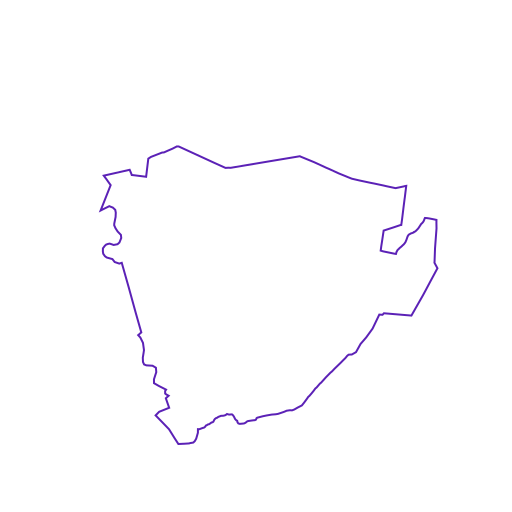 the district of Frumuseni, Arad, Romania, rotated 237°
{"feature_id": "2599482B78271003832809", "entity_name": "Frumuseni", "entity_type": "district", "adm_level": 2, "iso_a3": "ROU", "parent_name": "Romania", "parent_adm1": "Arad", "projection": "mercator", "projection_center": [21.441, 46.085], "detail": "fine", "context": "isolated", "style": "outline", "palette": "violet", "viewbox_px": 512, "rotation_deg": 237, "n_neighbors": 0, "source": "geoboundaries", "source_scale": "gbopen_adm2", "svg_char_len": 3721}
<svg xmlns="http://www.w3.org/2000/svg" viewBox="0 0 512 512"><g transform="rotate(237 256 256)"><path d="M315.1,347.5L315.8,347.1L317.4,343.4L323.2,330.1L328.0,319.1L343.7,282.9L345.2,280.7L346.5,278.4L357.1,271.6L390.0,250.8L391.0,249.3L391.5,244.4L392.4,239.1L393.0,235.2L393.9,233.6L396.3,221.9L396.3,218.7L382.3,207.0L390.4,197.4L391.6,195.9L393.2,196.3L397.1,197.0L406.3,172.1L404.6,172.2L401.7,172.4L398.7,172.5L394.6,172.7L388.2,163.7L378.8,150.5L377.7,160.1L376.1,161.2L374.6,162.3L371.4,163.1L368.7,162.0L365.2,159.5L360.4,154.8L359.0,153.8L355.8,153.3L351.9,153.3L347.3,154.2L344.5,152.8L341.7,148.8L341.3,146.3L342.8,142.6L344.4,141.4L346.1,140.0L346.7,138.5L347.2,136.6L346.9,134.8L345.8,131.8L343.3,130.1L341.1,129.1L338.1,129.2L336.0,130.0L331.6,133.9L327.9,134.2L324.1,137.2L323.4,139.7L299.1,132.2L273.9,124.2L254.4,118.2L253.8,114.1L250.6,114.6L244.7,113.9L238.1,110.8L235.6,108.6L232.4,105.7L228.7,103.5L226.0,103.1L224.0,104.5L220.3,109.5L216.8,111.2L212.9,109.1L208.2,103.3L204.9,101.2L200.0,103.7L192.9,107.8L192.3,106.3L190.1,104.9L188.9,105.3L186.4,106.6L185.8,102.9L176.0,100.5L178.1,89.9L177.0,85.0L166.4,87.1L158.1,88.7L147.4,88.5L140.6,88.5L137.5,93.8L135.2,97.9L135.0,98.8L134.2,100.6L133.7,101.8L134.1,103.9L135.4,106.4L139.4,111.0L142.4,113.0L141.6,114.1L140.8,117.7L140.4,118.8L140.5,120.4L141.1,121.6L140.9,122.6L140.9,124.0L140.5,124.9L140.5,126.2L140.6,128.0L140.2,129.1L140.3,130.1L141.2,131.5L141.7,132.7L141.8,134.3L141.5,135.4L141.6,136.7L141.2,138.6L141.0,139.7L140.5,140.4L140.2,141.0L139.7,141.9L139.2,143.6L139.2,144.8L139.3,145.6L138.1,146.6L137.3,147.6L136.8,148.7L136.2,149.6L134.8,150.0L133.2,150.0L130.6,149.7L128.9,150.0L128.1,150.5L126.5,149.9L125.2,150.0L124.1,150.9L123.4,152.2L122.1,154.7L121.9,156.0L121.9,156.9L122.1,158.1L122.0,159.1L121.6,160.1L120.6,162.3L119.7,164.2L118.9,165.7L118.8,166.9L119.7,168.2L119.7,169.0L117.9,174.4L116.5,178.0L114.5,182.7L112.5,186.4L111.6,188.5L110.1,194.3L109.7,196.4L109.6,197.3L108.2,200.4L106.9,202.2L106.4,204.5L106.2,208.3L105.7,213.1L106.8,216.4L108.6,221.2L109.4,223.1L109.6,224.6L110.5,227.7L111.5,230.8L112.6,233.7L112.7,235.1L114.2,240.2L114.3,241.6L116.2,248.6L117.6,254.9L117.8,256.8L118.7,260.5L120.4,269.2L121.1,272.3L121.7,275.3L122.6,278.1L122.8,279.9L122.1,281.2L121.2,282.7L120.9,287.5L125.3,295.8L127.7,304.1L131.6,314.2L139.7,327.5L137.8,330.1L138.3,332.1L121.4,353.9L132.1,374.6L134.4,378.8L139.5,388.0L146.9,401.5L153.2,402.0L153.5,402.3L164.9,410.3L180.8,422.4L185.6,425.4L187.7,426.8L188.0,427.0L189.9,425.1L192.9,422.0L194.7,420.0L195.9,418.4L195.5,417.7L195.2,417.4L194.8,416.9L194.4,416.2L194.0,415.7L193.7,415.1L193.5,414.6L193.1,413.3L193.0,412.6L192.9,412.1L192.7,411.4L192.3,410.7L191.8,409.5L191.3,408.4L190.8,407.2L190.5,406.1L190.1,404.3L189.9,403.3L189.9,402.5L190.1,401.5L189.9,401.3L189.9,400.9L190.0,400.5L190.1,400.0L190.2,399.5L190.3,399.1L190.5,398.4L190.6,397.9L190.6,396.9L190.7,396.3L190.6,395.5L190.4,394.9L190.1,394.4L190.0,394.0L189.3,393.1L188.2,391.7L187.5,390.8L187.2,390.3L186.7,389.6L186.4,389.2L186.0,388.3L185.6,387.3L185.2,385.9L185.1,384.8L184.9,384.1L184.6,382.1L184.5,380.8L184.2,379.8L184.1,379.0L183.8,377.7L183.4,377.1L183.1,376.4L182.9,376.1L181.5,374.5L182.6,373.3L190.7,365.1L192.6,363.5L196.1,366.5L199.1,369.2L201.7,371.5L207.8,376.9L205.1,386.9L203.1,394.7L203.0,394.8L207.0,398.3L213.8,404.0L216.2,406.0L222.7,411.5L224.3,412.9L229.2,417.0L233.0,420.2L233.4,419.3L233.9,417.8L235.5,413.6L236.9,410.0L243.5,403.4L245.7,401.3L252.3,394.7L255.0,391.9L263.0,383.9L265.7,381.3L268.6,378.5L272.4,375.8L273.6,375.0L278.9,371.3L280.2,370.4L289.2,364.7L292.0,362.8L293.3,362.0L299.8,357.9L303.1,355.8L315.1,347.5Z" fill="none" stroke="#5b21b6" stroke-width="2"/></g></svg>